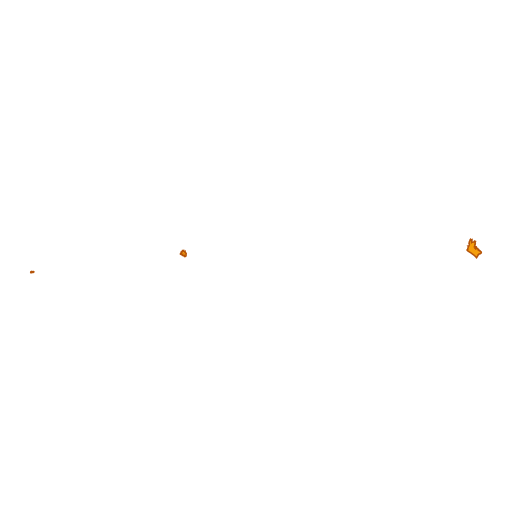 outline of Tecomán, Colima, Mexico
{"feature_id": "50627088B37392390891999", "entity_name": "Tecomán", "entity_type": "district", "adm_level": 2, "iso_a3": "MEX", "parent_name": "Mexico", "parent_adm1": "Colima", "projection": "mercator", "projection_center": [-106.02, 18.727], "detail": "fine", "context": "isolated", "style": "filled", "palette": "amber", "viewbox_px": 512, "rotation_deg": 0, "n_neighbors": 0, "source": "geoboundaries", "source_scale": "gbopen_adm2", "svg_char_len": 3911}
<svg xmlns="http://www.w3.org/2000/svg" viewBox="0 0 512 512"><path d="M467.1,250.2L467.2,250.3L467.3,250.4L467.6,250.7L467.9,251.0L468.0,251.1L470.9,252.9L472.6,254.2L473.9,255.1L475.0,256.1L475.8,256.9L475.9,257.0L476.3,257.5L476.5,257.8L476.6,257.7L476.5,257.4L476.8,257.2L477.0,256.8L477.3,256.7L477.4,256.4L477.5,256.1L477.7,255.9L477.9,255.5L477.9,255.3L477.9,255.1L478.0,254.9L478.3,254.8L478.5,254.8L478.6,254.7L478.7,254.3L478.8,254.1L479.1,254.0L479.3,254.0L479.5,253.8L479.9,253.9L480.0,253.8L480.3,253.7L480.5,253.6L480.7,253.4L480.9,253.3L481.0,253.2L481.3,252.8L481.3,252.7L481.2,252.5L481.3,252.2L481.2,252.0L481.1,251.8L480.0,251.2L479.9,251.0L480.0,250.8L479.3,250.4L479.2,250.6L478.6,250.3L478.3,250.1L478.6,249.4L478.4,249.3L478.2,249.4L478.1,249.2L477.8,249.1L477.6,248.9L477.6,248.6L477.4,248.6L477.2,248.6L476.9,248.1L476.8,248.3L476.9,248.5L476.8,248.3L476.7,248.3L476.6,248.5L476.4,248.6L476.5,248.4L476.4,248.4L476.4,247.9L476.2,247.9L476.1,248.2L475.2,248.2L475.3,248.0L475.4,247.7L475.2,247.8L475.1,248.0L475.0,247.9L475.1,247.7L475.5,247.3L476.0,246.7L475.5,246.5L475.4,246.9L474.9,246.8L475.2,246.6L474.6,246.2L474.9,245.3L474.9,245.0L474.8,244.4L475.2,244.3L475.2,243.4L475.3,243.2L475.2,243.1L475.1,242.7L475.2,242.4L475.1,242.0L475.0,241.8L475.1,241.6L475.3,241.4L475.0,241.3L475.0,241.2L474.6,241.0L474.4,241.2L474.4,241.4L474.5,241.5L474.7,241.8L474.4,241.8L472.4,242.3L472.1,242.3L471.8,242.3L471.7,242.4L471.7,240.9L471.5,240.6L471.9,240.7L472.0,239.7L471.8,239.8L471.7,239.8L471.2,240.0L471.2,239.9L470.9,239.6L470.6,239.5L470.7,239.4L470.6,239.2L470.5,239.3L470.4,239.4L470.4,239.5L470.2,239.8L470.0,240.0L470.0,240.3L469.9,240.6L469.8,240.9L469.7,241.1L469.6,241.4L469.4,241.6L469.4,241.8L469.3,242.2L469.4,242.3L469.2,242.7L469.3,242.7L469.5,242.9L469.4,242.8L469.4,243.0L469.2,243.6L469.3,243.7L469.3,243.8L469.3,244.0L469.4,244.5L469.2,245.0L469.1,245.3L469.1,245.5L469.0,245.8L468.9,246.0L468.5,246.1L468.4,246.1L468.5,246.2L468.3,246.1L468.2,246.1L468.1,246.3L468.2,246.5L468.1,246.8L468.1,247.1L468.2,247.3L468.1,247.8L467.9,248.1L467.8,248.3L467.8,248.5L467.9,248.8L467.9,249.0L467.8,249.4L467.7,249.4L467.6,249.5L467.4,249.8L467.2,249.7L467.1,249.8L467.0,250.0L467.1,250.2ZM183.3,250.6L183.4,250.4L183.1,250.4L183.1,250.5L182.9,250.7L182.7,250.7L182.8,250.9L182.8,251.0L182.7,251.0L182.4,251.2L182.4,251.4L182.4,251.5L182.3,251.8L182.2,251.8L182.3,251.9L182.2,252.0L181.7,252.1L181.5,252.4L181.4,252.4L181.2,252.3L181.1,252.5L180.8,252.6L180.7,252.5L180.8,252.6L180.9,252.8L180.7,252.9L180.9,252.9L180.8,253.1L181.0,253.2L181.0,253.3L181.0,253.5L180.9,253.5L180.6,253.7L180.5,253.9L180.4,254.0L180.5,254.1L180.7,253.9L180.9,253.8L181.0,253.9L181.3,253.8L181.3,254.0L181.5,254.2L181.5,254.3L181.8,254.3L181.8,254.6L181.9,254.8L182.1,254.7L182.0,254.9L181.9,254.9L182.0,254.9L182.0,255.0L182.3,255.1L182.5,255.3L182.7,255.0L182.8,255.2L183.1,255.2L183.2,255.3L183.2,255.5L183.4,255.6L183.5,255.5L183.9,255.6L184.0,255.7L184.1,255.8L184.2,256.0L184.3,255.9L184.3,256.1L184.5,256.2L184.4,256.3L184.4,256.5L184.5,256.6L184.8,256.6L184.8,256.4L184.9,256.5L185.0,256.5L185.1,256.4L185.1,256.2L185.6,256.3L185.7,256.2L185.8,256.2L185.9,255.9L186.0,255.6L186.1,255.3L186.1,255.1L186.1,254.9L186.0,254.7L186.0,254.4L186.1,254.2L186.2,253.9L186.0,253.5L186.1,253.3L185.9,253.0L185.7,252.9L185.5,252.7L185.4,252.4L185.2,252.2L185.1,251.9L185.1,251.7L185.0,251.8L185.0,251.7L184.9,251.6L184.7,251.7L184.4,251.6L184.3,251.4L184.2,251.3L184.2,251.2L183.9,250.9L183.8,251.0L183.7,250.9L183.6,250.7L183.4,250.6L183.3,250.6ZM32.1,271.7L31.9,271.6L31.7,271.4L31.3,271.6L31.1,271.6L30.8,271.8L30.7,272.4L30.7,272.6L30.9,272.8L31.0,272.8L31.4,272.7L31.6,272.7L32.0,272.5L32.4,272.5L32.8,272.4L33.1,272.5L33.3,272.4L33.7,272.1L33.9,271.9L33.8,271.7L33.6,271.6L33.4,271.5L33.1,271.6L32.9,271.7L32.7,271.6L32.2,271.7L32.1,271.7Z" fill="#f59e0b" stroke="#b45309" stroke-width="1.5"/></svg>